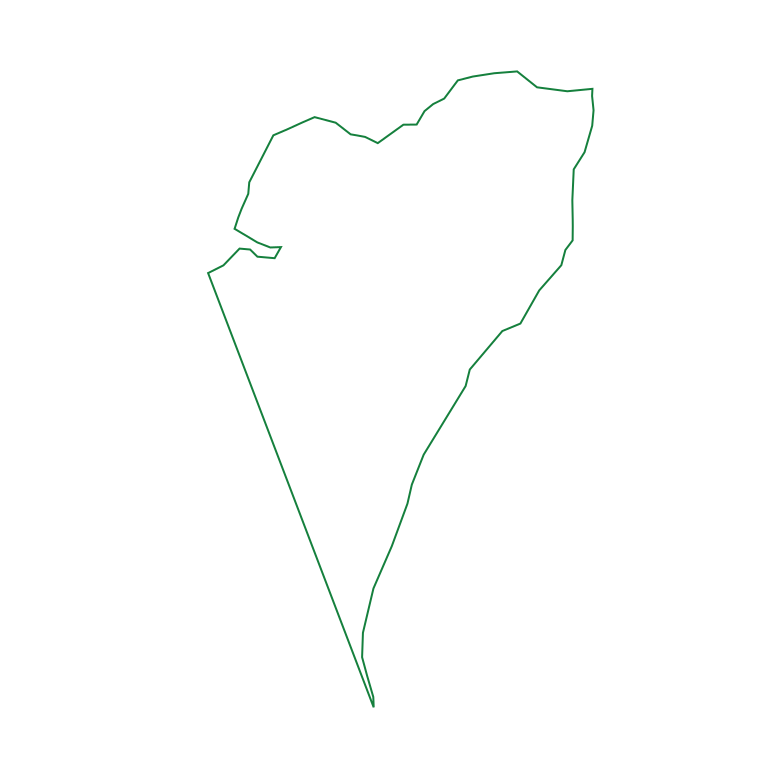 Sapphire, Soufrière, Saint Lucia (Albers equal-area conic projection), rotated 95°
{"feature_id": "8701671B57170093007223", "entity_name": "Sapphire", "entity_type": "district", "adm_level": 2, "iso_a3": "LCA", "parent_name": "Saint Lucia", "parent_adm1": "Soufrière", "projection": "albers", "projection_center": [-61.049, 13.85], "detail": "fine", "context": "isolated", "style": "outline", "palette": "green", "viewbox_px": 768, "rotation_deg": 95, "n_neighbors": 0, "source": "geoboundaries", "source_scale": "gbopen_adm2", "svg_char_len": 1002}
<svg xmlns="http://www.w3.org/2000/svg" viewBox="0 0 768 768"><g transform="rotate(95 384 384)"><path d="M224.5,208.6L210.3,209.7L204.1,210.3L184.5,212.4L153.6,213.7L135.6,204.4L108.6,199.1L93.1,199.1L85.2,200.6L79.0,201.8L76.7,201.9L71.8,202.1L76.4,226.9L75.1,257.4L65.6,271.7L61.0,278.6L61.8,283.3L64.8,301.2L70.0,322.4L75.1,336.9L79.4,339.6L94.4,348.9L100.9,359.5L108.6,367.4L122.7,374.1L124.0,387.3L144.6,411.2L139.5,424.4L138.7,432.6L138.2,439.0L127.9,454.9L124.2,476.4L130.5,488.0L138.2,501.6L139.5,503.9L140.0,504.9L145.9,515.9L194.8,535.8L206.4,535.8L221.8,541.1L230.8,543.7L241.3,546.1L242.4,546.4L254.0,522.5L257.9,509.2L256.6,498.6L268.2,503.9L268.2,521.2L261.7,529.1L261.7,539.7L279.8,554.3L288.8,568.9L707.0,366.1L700.5,366.9L696.7,367.4L676.1,375.4L658.1,382.0L633.7,383.3L588.6,376.7L544.9,362.1L501.1,350.2L481.8,347.5L450.9,338.3L378.9,302.5L362.1,299.8L320.9,270.7L311.9,253.4L277.2,237.5L250.2,217.7L234.7,215.0L224.5,208.6Z" fill="none" stroke="#15803d" stroke-width="2"/></g></svg>